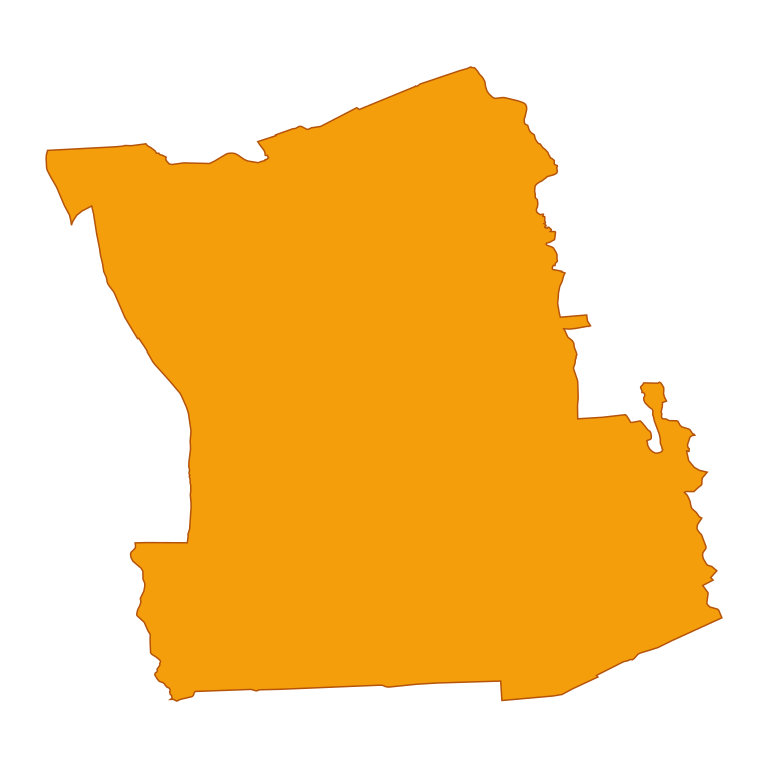 Optasi-Magura, Olt, Romania
{"feature_id": "2599482B31231477930356", "entity_name": "Optasi-Magura", "entity_type": "district", "adm_level": 2, "iso_a3": "ROU", "parent_name": "Romania", "parent_adm1": "Olt", "projection": "natural_earth1", "projection_center": [24.65, 44.581], "detail": "fine", "context": "isolated", "style": "filled", "palette": "amber", "viewbox_px": 768, "rotation_deg": 0, "n_neighbors": 0, "source": "geoboundaries", "source_scale": "gbopen_adm2", "svg_char_len": 6092}
<svg xmlns="http://www.w3.org/2000/svg" viewBox="0 0 768 768"><path d="M701.8,518.1L699.2,516.7L696.3,512.5L691.8,508.5L690.7,505.1L690.1,501.6L689.2,499.2L687.1,495.0L684.4,492.4L686.2,491.5L693.9,491.6L698.7,487.1L701.1,485.4L701.9,483.9L701.9,480.3L702.4,477.9L707.2,472.2L699.4,470.3L694.3,467.4L688.7,460.7L686.6,451.1L687.2,450.8L688.8,451.5L689.1,451.1L689.2,448.6L687.9,447.4L687.5,444.7L690.0,437.1L691.8,435.7L694.8,435.2L694.2,434.3L692.6,433.7L690.0,429.8L689.0,429.1L681.9,426.9L680.2,425.4L677.9,421.3L676.8,420.8L669.1,420.6L666.1,419.0L662.8,418.8L661.9,418.0L661.4,415.9L661.9,414.4L661.1,411.7L662.3,406.7L662.5,402.5L666.5,401.1L664.3,396.7L663.5,393.2L663.8,390.6L663.7,387.5L661.0,383.1L659.5,382.2L657.8,383.2L643.7,382.9L642.7,384.7L640.7,386.8L640.6,387.9L642.0,390.6L641.9,392.5L643.7,392.6L644.6,394.2L644.8,395.8L643.8,397.4L643.7,398.6L644.0,400.6L645.2,403.0L649.2,407.1L652.0,409.1L652.9,410.8L652.7,414.6L653.5,416.9L654.4,421.0L659.4,434.5L659.7,436.5L660.2,437.9L660.4,443.4L662.0,447.5L661.9,448.2L662.6,449.6L662.4,449.6L662.1,451.0L661.7,451.6L660.5,452.3L657.6,453.1L655.3,453.1L652.5,451.7L650.0,449.4L649.2,448.3L647.6,445.1L647.5,442.9L646.8,440.9L647.4,440.4L650.4,439.4L651.1,438.5L651.4,436.8L650.8,432.9L650.1,431.5L648.0,430.0L642.1,422.7L640.2,420.9L631.9,422.5L630.7,422.3L626.8,416.0L625.4,414.7L602.4,417.3L577.7,418.8L577.5,405.3L578.2,398.3L577.8,383.7L577.6,380.9L577.0,378.9L573.5,368.6L573.5,367.8L575.0,363.5L575.4,359.7L576.1,358.0L576.1,356.3L576.9,354.8L576.2,352.2L574.4,347.7L573.8,343.4L572.9,341.6L572.2,340.6L567.8,337.1L565.1,331.0L563.7,328.7L569.7,329.1L575.2,328.5L587.5,326.3L588.8,326.4L590.5,325.8L587.5,321.1L586.7,315.0L560.3,317.2L559.2,312.7L557.6,303.3L558.3,296.7L558.4,293.4L559.7,286.7L562.2,281.1L563.5,276.2L565.0,273.0L561.9,272.0L562.2,271.7L561.7,271.2L553.2,269.6L552.4,269.0L552.3,267.6L553.0,265.7L553.2,265.4L555.0,265.6L555.4,263.3L557.4,261.2L557.0,258.7L557.0,254.7L556.1,252.4L553.5,248.1L552.2,247.1L547.3,245.4L546.3,244.5L546.2,243.6L546.8,243.0L549.7,242.3L554.4,239.7L554.7,239.0L555.5,232.3L555.0,231.6L550.2,231.5L551.2,230.4L551.3,229.5L548.7,227.2L547.7,227.4L547.1,228.3L544.8,227.3L544.8,226.7L546.1,225.9L545.9,225.2L544.0,223.6L545.2,223.3L545.4,222.8L545.2,221.6L544.5,220.6L544.8,219.6L544.7,216.7L542.9,216.4L542.9,215.6L543.5,214.6L543.2,214.1L540.7,214.6L539.9,214.5L536.8,212.3L536.3,209.4L537.5,206.6L537.8,203.6L537.4,200.2L537.0,199.3L535.3,197.8L535.2,194.0L534.6,191.2L535.1,186.1L536.5,184.2L539.1,182.3L542.0,180.8L547.6,176.5L554.0,174.7L556.5,173.3L557.3,171.7L556.8,167.8L556.8,167.2L557.4,166.5L557.3,165.7L554.4,164.3L554.2,163.9L554.3,160.5L551.5,158.2L550.4,158.0L549.7,156.0L548.7,154.8L548.0,152.6L545.5,149.8L542.7,147.5L540.3,144.1L538.4,143.4L536.7,141.4L535.3,138.9L534.3,134.9L531.2,132.7L530.0,131.3L529.2,130.1L527.7,125.4L525.2,124.1L524.4,122.9L524.2,118.8L525.0,117.1L526.7,109.3L526.5,106.5L525.5,104.3L523.5,102.8L517.8,100.8L504.9,97.7L502.9,97.5L495.1,98.4L492.9,97.6L488.9,93.8L487.0,91.0L485.6,86.6L484.8,81.4L482.5,77.4L479.4,74.1L477.5,71.1L474.7,67.9L471.5,67.5L470.9,66.9L467.3,68.5L459.0,70.9L420.2,84.0L417.3,86.1L416.3,86.4L415.7,86.0L415.4,86.4L359.2,109.5L356.8,107.7L320.7,126.4L311.5,127.8L308.2,129.3L306.8,129.3L301.4,126.4L299.2,126.4L295.6,128.4L292.7,128.8L275.6,134.9L276.1,135.6L257.8,141.6L258.9,143.5L264.1,150.5L264.9,152.5L265.3,155.4L267.4,155.5L268.5,157.8L267.9,158.1L267.3,159.0L264.9,159.9L264.9,160.6L261.9,161.3L258.2,162.7L247.8,161.0L244.3,159.5L237.7,154.9L234.8,153.5L231.7,153.1L228.2,153.4L226.4,154.0L214.7,161.0L209.6,163.5L183.7,162.9L171.9,164.5L169.2,163.9L166.2,160.5L165.7,158.5L166.2,157.2L162.5,155.3L159.6,154.5L158.8,153.2L156.6,153.3L155.0,150.8L150.8,147.6L147.5,145.8L145.9,143.8L134.6,145.3L131.2,145.7L124.9,145.5L123.0,146.1L115.3,146.8L47.6,150.4L46.4,154.8L46.1,158.0L46.6,167.4L47.2,170.2L50.3,176.2L56.6,187.2L64.5,205.8L69.4,214.9L70.4,218.6L71.5,225.2L72.2,222.7L73.3,220.5L76.8,215.2L82.2,210.9L91.7,206.0L93.5,213.6L96.7,234.1L99.6,248.7L100.4,254.7L102.6,264.0L103.7,271.4L106.4,277.6L107.2,282.1L107.8,283.7L109.2,286.0L113.6,291.7L114.5,293.4L124.9,317.5L134.2,333.0L137.7,338.7L138.8,338.3L144.3,346.4L147.2,351.0L147.2,352.0L152.9,361.9L154.8,364.4L169.7,381.0L180.0,393.2L181.5,396.0L186.5,407.2L188.4,413.2L190.9,430.1L190.9,432.5L190.1,441.8L190.4,444.1L190.5,449.3L188.9,462.2L188.8,466.8L189.2,468.1L189.6,470.9L189.0,472.1L189.1,473.4L189.4,474.9L189.9,475.2L189.2,476.6L189.8,478.0L190.2,480.4L190.1,482.6L190.7,485.2L190.8,490.9L190.3,494.9L191.0,502.2L191.1,507.2L189.6,529.1L187.9,534.4L188.2,535.8L187.3,542.8L146.4,542.6L135.1,542.9L135.5,545.8L135.2,548.2L131.1,552.3L130.5,554.0L131.0,557.6L133.0,561.3L141.1,568.2L142.9,571.2L143.0,579.2L144.7,583.0L144.8,586.0L143.9,591.1L140.3,598.5L140.9,601.7L140.2,604.7L137.6,610.0L136.7,614.1L137.0,615.6L144.3,622.4L148.0,630.9L150.2,634.4L150.1,641.5L150.6,652.8L151.9,654.4L155.8,656.8L158.7,659.1L160.2,660.6L160.5,661.7L159.7,663.7L159.9,665.0L157.0,669.3L157.4,670.7L156.8,672.1L155.4,672.8L154.7,674.7L157.5,679.4L159.4,681.4L162.9,682.6L164.5,683.8L165.4,685.5L166.5,686.4L166.9,687.1L169.2,688.1L169.8,688.9L170.2,691.0L169.6,691.8L170.3,694.5L171.5,695.2L172.0,697.7L171.8,698.4L170.4,699.4L173.2,699.3L176.9,701.1L180.3,699.4L191.7,696.7L192.6,696.2L193.6,694.9L194.1,692.9L195.2,691.4L196.7,691.4L251.1,689.4L255.9,690.8L257.3,690.7L259.2,689.8L279.8,689.3L379.3,685.2L382.5,685.3L385.5,686.6L388.5,687.1L416.9,684.2L437.0,683.0L499.1,681.1L500.7,681.1L501.9,700.5L553.0,696.0L562.0,694.5L572.6,688.8L597.9,677.0L596.5,675.4L623.5,661.7L627.9,660.7L630.3,659.5L632.3,659.8L634.1,658.6L638.1,654.1L640.1,653.1L657.8,647.6L672.2,640.5L721.9,617.8L718.7,610.2L717.7,609.2L709.7,606.9L707.5,604.6L706.8,603.1L708.1,593.4L707.8,592.4L702.7,585.5L713.1,580.1L710.7,577.6L716.8,570.8L711.8,566.5L707.5,565.2L706.2,563.6L703.3,558.7L702.7,556.2L702.6,554.1L703.0,552.6L705.8,548.6L706.1,547.0L701.6,534.9L698.7,531.7L697.5,529.8L696.9,528.1L697.5,524.6L701.8,518.1Z" fill="#f59e0b" stroke="#b45309" stroke-width="1.5"/></svg>